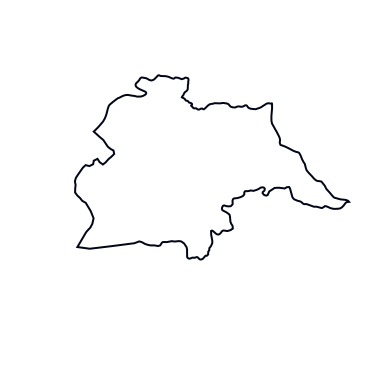 Sherzhong, Geylegphug, Bhutan, rotated 44°
{"feature_id": "84629894B44966098423273", "entity_name": "Sherzhong", "entity_type": "district", "adm_level": 2, "iso_a3": "BTN", "parent_name": "Bhutan", "parent_adm1": "Geylegphug", "projection": "mercator", "projection_center": [90.569, 26.924], "detail": "fine", "context": "isolated", "style": "outline", "palette": "ink", "viewbox_px": 384, "rotation_deg": 44, "n_neighbors": 0, "source": "geoboundaries", "source_scale": "gbopen_adm2", "svg_char_len": 5930}
<svg xmlns="http://www.w3.org/2000/svg" viewBox="0 0 384 384"><g transform="rotate(44 192 192)"><path d="M147.8,311.2L157.9,303.8L172.1,286.4L186.2,268.8L188.3,264.3L189.4,263.6L190.8,262.9L194.5,261.9L197.1,260.6L199.3,259.2L202.2,256.4L205.2,254.4L206.2,252.5L205.6,249.5L205.9,248.1L208.7,245.5L211.6,241.4L213.9,239.7L216.0,237.2L216.9,236.2L218.7,235.0L222.0,234.5L225.2,235.2L226.1,235.3L228.3,236.7L233.5,242.0L234.1,242.3L235.1,242.4L235.9,242.1L236.6,241.6L237.1,240.7L237.5,239.8L237.9,238.9L239.5,237.6L240.5,235.7L241.2,235.1L243.9,235.1L244.7,234.9L245.5,234.2L246.2,232.5L246.0,229.0L246.1,228.3L246.9,227.7L247.0,226.9L247.0,225.8L245.2,223.7L244.8,221.8L243.5,220.4L243.2,217.6L242.1,214.7L240.4,212.9L235.7,209.6L232.8,206.8L233.0,206.2L233.5,205.7L234.3,205.5L236.2,205.4L237.5,205.4L238.9,205.2L239.8,204.8L240.7,204.1L240.9,203.5L241.1,202.3L241.1,201.2L240.8,199.6L241.1,198.3L241.5,197.7L244.6,195.5L246.3,192.5L246.3,191.5L246.8,190.4L246.7,189.9L245.6,188.9L244.5,188.1L242.3,187.6L240.3,186.7L236.4,183.3L234.7,182.2L231.3,182.6L226.8,183.9L225.9,183.8L224.9,183.0L224.3,182.0L223.9,180.3L224.5,179.3L226.7,178.2L228.1,177.1L229.5,175.6L229.8,174.9L229.7,172.5L227.2,170.1L226.5,168.8L226.6,168.0L226.8,167.3L228.9,164.8L230.5,162.0L231.4,159.6L231.3,157.5L230.0,156.1L229.7,155.3L229.7,154.5L232.0,152.1L233.1,150.2L235.5,148.4L237.0,145.6L237.8,143.7L238.4,141.1L239.6,139.5L240.7,138.9L241.9,139.0L242.7,139.8L243.1,140.8L243.0,143.0L243.6,143.8L245.5,144.1L247.0,143.6L248.1,142.8L248.5,141.5L247.2,137.9L248.6,131.7L251.5,128.6L256.3,125.0L256.8,122.8L258.3,121.0L259.9,121.3L267.7,125.9L269.6,126.3L270.8,126.2L274.0,125.0L275.8,123.9L277.4,123.3L280.0,123.2L281.0,122.9L282.8,121.1L290.1,117.8L290.9,116.9L291.6,116.2L296.5,113.4L296.9,112.6L297.2,111.2L297.4,110.4L297.4,109.8L298.3,109.1L300.5,108.2L302.3,107.6L303.0,107.3L303.7,106.9L304.4,106.5L305.6,105.7L306.3,105.1L308.6,102.7L309.3,101.8L310.0,100.8L310.2,100.0L310.5,98.8L310.5,96.4L310.1,93.4L310.1,92.7L310.4,91.7L311.8,90.0L310.7,89.9L309.9,90.1L309.1,90.4L308.4,90.8L307.7,91.2L307.0,91.7L305.0,93.3L303.7,94.3L302.9,94.7L298.5,97.1L297.7,97.3L296.8,97.3L295.1,97.2L293.5,97.0L291.8,96.8L286.8,96.5L286.0,96.3L284.4,95.7L283.6,95.4L282.8,95.2L280.3,94.9L278.7,94.7L277.8,94.6L276.4,95.5L275.1,96.5L274.4,97.0L273.6,97.3L272.8,97.5L271.9,97.6L271.1,97.6L270.3,97.6L266.9,97.3L263.6,97.2L262.7,97.1L261.1,97.0L259.4,96.7L258.6,96.4L257.9,96.0L257.1,95.6L253.6,93.4L251.9,93.1L250.3,92.6L248.7,92.1L245.7,90.7L244.1,90.1L243.3,89.8L242.5,89.6L241.6,89.5L240.8,89.7L239.4,90.6L237.9,91.3L236.3,91.9L235.5,92.2L234.7,92.4L232.3,93.1L229.9,93.8L227.5,94.6L225.2,95.6L224.4,95.9L223.7,96.4L222.9,96.6L222.1,96.3L221.4,95.9L220.7,95.4L219.7,94.0L219.1,93.4L218.5,92.9L217.8,92.4L217.0,92.0L215.5,91.4L211.5,90.0L208.3,89.1L205.1,88.1L202.7,87.4L201.9,87.1L201.2,86.6L200.5,86.2L199.2,85.1L198.0,83.9L197.4,83.3L195.7,81.4L193.6,78.8L191.5,76.2L190.9,75.6L189.1,73.8L188.7,73.3L188.0,72.8L187.5,73.2L187.1,73.8L185.9,74.6L185.4,75.0L184.7,75.9L184.2,76.9L184.0,77.6L183.9,78.4L183.7,79.1L183.3,80.8L183.1,81.6L182.9,82.5L182.7,83.4L182.1,84.8L181.1,86.5L180.8,87.3L180.2,88.3L178.8,89.4L178.2,90.0L176.3,91.3L175.4,91.8L174.4,92.1L173.7,92.2L172.9,92.0L171.4,91.8L170.7,92.1L170.0,92.8L169.8,93.5L169.4,94.8L169.0,95.6L168.5,96.2L167.7,96.9L166.3,97.8L165.8,98.4L165.2,99.2L164.9,99.8L164.6,100.8L163.9,101.6L162.8,102.6L161.1,103.5L160.2,103.8L159.5,103.7L158.9,103.7L157.5,103.5L156.9,103.6L156.1,103.9L155.3,104.3L153.1,105.9L152.0,106.9L151.0,108.3L150.2,109.1L149.5,109.8L147.1,111.9L146.4,112.7L145.9,113.7L144.6,115.4L143.8,116.7L143.4,118.7L143.3,122.4L143.1,124.2L142.4,124.7L141.2,125.0L140.4,126.1L140.1,127.2L139.7,128.0L138.8,128.6L138.2,128.7L137.3,128.8L136.7,129.0L135.5,130.3L134.9,130.6L133.9,130.6L133.1,130.5L132.1,130.6L131.3,130.3L131.4,129.2L131.0,128.7L130.4,128.6L129.3,128.8L127.7,129.7L126.5,129.5L125.3,129.6L124.7,130.1L123.9,130.5L122.2,130.1L120.7,130.3L119.6,130.8L118.9,130.9L118.6,130.0L118.5,128.5L118.0,127.1L117.6,125.7L117.6,124.9L117.9,123.3L117.8,121.8L117.6,121.2L116.9,120.3L116.4,119.8L115.6,118.8L114.9,118.1L114.2,117.1L113.8,116.3L112.8,115.5L111.8,114.0L110.9,113.2L110.2,113.0L109.1,113.4L107.7,114.4L107.4,115.7L107.2,116.3L106.1,118.1L104.6,118.6L103.3,119.3L102.7,119.5L101.3,120.5L100.8,120.9L100.4,121.6L100.4,122.4L100.1,123.2L99.4,123.7L98.7,124.1L97.9,124.4L95.5,125.3L94.0,126.1L93.3,126.5L92.6,127.0L92.0,127.5L88.9,130.3L87.3,130.9L86.7,131.5L86.6,132.3L86.6,134.0L86.6,135.7L86.6,136.5L86.5,137.4L86.3,138.2L85.9,139.0L85.5,139.7L84.9,140.3L83.4,141.0L82.6,141.3L81.8,141.4L81.0,141.7L80.2,141.9L79.5,142.3L78.8,142.8L78.1,143.3L77.4,143.7L76.7,144.2L76.1,144.8L75.9,145.6L75.9,146.9L76.2,147.9L76.4,149.6L76.4,150.5L76.3,152.1L76.4,153.0L76.7,153.8L77.3,154.4L78.0,154.8L78.8,155.0L79.6,155.0L80.5,154.9L81.3,154.8L82.9,154.4L84.5,153.8L88.4,152.4L89.2,152.2L90.0,152.4L90.6,153.0L90.8,153.8L90.7,154.7L90.2,156.3L89.9,157.1L89.5,157.8L89.1,158.5L88.6,159.2L87.4,160.4L86.8,161.0L86.2,161.5L85.5,162.0L84.7,162.4L84.0,162.8L82.0,164.3L79.2,166.2L78.5,166.7L77.9,167.3L76.8,168.5L76.0,170.0L75.3,171.5L74.5,173.9L74.2,174.7L73.8,175.5L73.5,176.2L72.8,180.4L72.5,182.9L72.3,184.6L72.2,185.4L72.2,186.2L72.2,187.1L72.4,187.9L72.7,188.7L73.4,190.2L75.9,194.6L76.7,196.1L77.4,197.6L77.7,198.4L78.0,199.2L78.3,200.0L78.9,202.4L79.1,203.4L79.2,205.0L79.3,206.7L79.4,208.4L79.5,211.8L79.4,216.8L87.8,216.5L92.1,216.2L95.9,217.0L99.9,217.9L103.4,217.6L106.7,216.7L109.6,218.7L109.5,222.6L109.1,226.3L109.3,230.6L108.8,234.1L104.9,234.7L101.0,233.8L99.6,237.7L101.6,240.7L100.2,244.6L96.8,246.6L96.6,250.2L97.9,258.5L98.7,262.6L100.4,265.7L103.4,267.8L105.6,270.7L108.3,273.6L112.1,274.2L115.6,274.1L119.2,274.6L123.0,273.6L132.1,276.0L135.8,277.6L139.5,279.3L142.4,284.1L143.6,288.3L143.6,291.4L143.7,293.7L143.8,294.6L147.8,311.2Z" fill="none" stroke="#020617" stroke-width="2"/></g></svg>